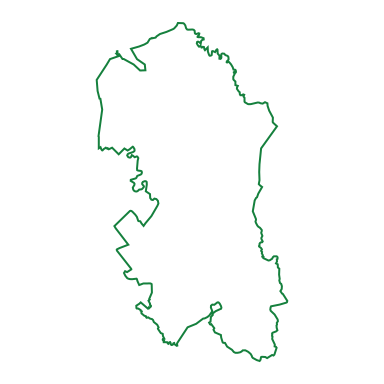 outline of Guachené, Cauca, Colombia
{"feature_id": "7082276B47374862925181", "entity_name": "Guachené", "entity_type": "district", "adm_level": 2, "iso_a3": "COL", "parent_name": "Colombia", "parent_adm1": "Cauca", "projection": "mercator", "projection_center": [-76.391, 3.144], "detail": "fine", "context": "isolated", "style": "outline", "palette": "green", "viewbox_px": 384, "rotation_deg": 0, "n_neighbors": 0, "source": "geoboundaries", "source_scale": "gbopen_adm2", "svg_char_len": 5948}
<svg xmlns="http://www.w3.org/2000/svg" viewBox="0 0 384 384"><path d="M117.0,53.4L116.3,53.6L118.4,56.2L110.0,59.1L106.7,64.6L96.7,79.9L97.6,91.0L99.5,98.6L100.4,98.8L102.2,109.6L98.5,136.3L98.8,136.8L98.8,148.3L100.5,147.2L101.3,149.3L102.0,150.3L102.5,150.4L103.7,149.1L105.8,147.7L106.5,148.4L107.5,148.1L107.9,148.3L108.0,149.0L108.7,149.3L112.1,147.7L118.7,154.3L124.4,148.5L127.6,150.5L129.6,149.3L132.2,147.1L132.8,146.7L133.2,147.0L134.4,148.9L134.6,150.3L134.3,151.2L132.9,152.1L128.7,153.5L127.7,154.2L127.2,155.5L128.3,157.2L129.7,157.6L130.5,157.5L131.0,157.0L131.8,155.1L132.6,155.5L134.7,157.2L136.8,156.4L137.4,156.6L138.3,158.1L137.7,160.5L137.0,168.8L137.2,170.2L138.2,170.6L140.8,170.9L141.6,171.3L141.9,172.3L141.6,173.7L140.8,174.5L137.3,175.9L136.3,177.9L135.7,178.4L130.8,179.8L130.7,180.9L133.9,182.8L134.5,183.7L134.4,184.9L132.8,187.6L133.2,189.5L133.9,190.6L135.2,191.4L136.6,191.5L137.6,191.1L139.2,189.6L141.5,189.3L142.1,189.0L143.7,187.2L143.9,186.3L142.2,184.1L142.2,183.0L142.9,181.9L144.6,181.2L145.8,181.2L146.7,182.0L146.8,184.6L145.8,191.3L150.0,194.1L150.2,198.0L151.4,199.7L152.9,200.0L154.4,198.6L156.4,199.1L157.9,200.8L158.4,203.5L157.4,205.8L151.4,216.1L145.4,223.3L143.6,225.9L141.5,223.4L140.3,221.3L138.6,221.1L138.2,220.8L136.9,216.9L135.3,214.7L132.4,211.7L131.5,211.0L130.6,210.8L129.9,211.0L114.4,226.1L115.7,228.3L128.3,244.7L119.7,248.0L117.0,249.3L116.7,249.8L117.0,250.7L131.2,268.8L131.3,269.4L127.1,272.1L125.1,271.2L124.0,273.0L125.3,275.7L127.2,278.1L128.3,278.7L129.9,279.1L132.1,279.2L136.5,278.7L136.9,279.1L137.5,281.2L139.2,285.0L143.3,283.5L150.2,283.4L151.5,283.9L151.7,284.6L151.9,292.6L149.2,299.0L149.7,299.6L148.5,300.7L150.0,303.6L150.0,304.9L150.9,305.6L150.9,306.5L149.2,308.1L148.8,307.4L147.9,308.6L140.7,302.4L139.4,303.7L136.3,305.7L136.4,308.0L136.8,308.5L138.1,308.5L140.6,310.0L140.6,310.7L141.8,311.4L141.4,312.4L141.5,313.4L144.4,315.8L145.9,316.2L146.2,316.6L146.2,317.4L146.7,317.8L148.3,317.4L149.8,318.5L152.2,319.2L153.1,320.1L153.8,322.0L157.2,324.7L158.6,327.4L157.9,328.5L158.1,329.1L160.8,333.1L162.7,333.8L163.0,336.2L164.3,338.7L162.9,339.0L162.7,339.6L162.8,340.0L164.1,340.6L164.1,341.2L163.6,341.6L163.7,342.2L167.1,342.2L167.8,343.5L168.3,343.8L169.3,342.3L170.1,342.1L170.7,343.2L170.7,344.4L171.5,345.0L172.6,344.8L173.5,343.2L174.2,343.0L174.5,344.2L176.7,345.8L177.3,345.6L177.0,343.7L177.4,342.8L187.6,327.3L196.2,323.8L203.1,318.6L204.7,318.4L207.3,317.1L209.3,315.5L212.3,311.2L210.9,307.6L211.0,305.7L212.3,304.6L214.3,304.8L217.4,302.4L218.5,302.4L219.7,303.6L221.0,306.1L221.4,307.6L221.1,308.7L215.6,311.2L212.2,313.9L212.8,314.9L210.9,317.0L210.5,321.7L209.1,322.6L210.0,324.3L210.6,324.6L211.3,324.2L214.3,328.2L213.5,329.7L214.9,332.4L220.9,335.0L221.2,337.6L222.6,342.2L223.2,342.8L225.0,342.9L227.1,346.6L232.0,349.8L233.8,352.0L235.4,352.8L237.6,352.8L240.1,352.3L241.6,351.5L242.7,350.4L245.2,350.3L246.1,350.7L248.3,351.9L250.7,354.0L251.8,355.9L252.0,356.8L252.8,357.9L256.8,360.1L259.6,361.0L260.5,359.8L261.0,357.2L261.9,356.8L265.3,357.0L267.1,358.1L272.1,355.0L273.5,355.5L274.4,354.6L276.6,347.8L275.9,346.8L274.6,346.4L274.8,344.5L272.2,339.0L272.5,336.6L272.0,335.9L272.3,334.7L272.0,333.9L272.5,332.8L276.1,331.4L277.4,330.3L276.7,327.9L276.5,325.5L277.0,324.6L276.8,322.9L277.9,321.2L277.6,319.4L274.6,314.5L270.7,310.8L270.3,309.5L270.6,307.4L271.1,306.3L279.6,304.6L286.1,302.7L286.9,302.3L287.3,300.9L282.9,294.0L282.1,293.6L280.4,291.1L281.7,289.0L281.9,286.2L281.2,283.9L280.0,283.0L279.3,280.4L279.7,278.9L279.1,274.7L279.3,268.7L277.9,267.5L277.7,264.3L276.0,263.4L277.0,261.5L276.8,259.3L277.5,258.9L277.6,257.7L277.3,256.8L276.6,256.3L273.9,256.3L272.8,257.3L272.2,258.7L269.7,260.3L268.4,260.5L263.5,258.2L263.2,257.9L263.5,257.0L262.3,256.6L262.9,255.3L261.8,253.3L262.1,252.0L261.2,251.0L261.2,250.5L261.9,249.6L261.7,249.0L261.0,248.0L259.1,246.5L259.0,246.0L259.5,245.4L259.5,243.9L260.0,243.0L260.8,242.4L262.2,242.2L262.7,241.4L261.6,239.4L261.3,238.1L262.4,235.9L261.2,232.9L261.8,230.9L261.7,229.9L260.0,227.8L258.3,226.7L257.3,225.5L255.9,222.8L255.5,221.6L256.0,219.8L255.9,218.9L252.8,211.3L254.7,200.4L256.1,197.9L257.0,197.3L258.3,193.6L262.1,187.0L260.0,185.4L258.8,184.1L259.5,180.2L259.2,172.0L259.5,164.2L261.1,148.4L277.0,126.3L273.2,122.8L272.7,122.0L272.9,117.6L269.2,110.7L267.6,105.9L267.4,103.3L265.0,102.2L262.7,103.6L260.7,103.3L259.1,102.6L257.7,102.5L250.9,104.1L248.7,104.2L247.8,104.0L244.8,102.2L244.5,101.5L244.5,97.8L243.5,96.5L244.2,94.8L243.2,94.4L241.7,95.2L240.4,95.2L239.8,94.1L239.7,92.2L238.7,91.4L236.9,88.8L237.0,87.6L237.8,85.9L235.4,85.1L235.4,81.5L233.7,79.9L233.3,79.2L233.3,76.7L234.7,73.8L233.8,72.6L233.8,72.2L234.4,71.9L235.1,72.6L235.6,72.6L236.0,72.0L235.7,70.3L235.2,69.8L233.5,69.6L232.7,67.2L231.0,64.3L229.2,62.2L228.6,61.8L227.1,62.5L226.7,62.3L226.8,61.4L228.4,59.8L228.6,59.2L228.4,57.0L227.6,55.9L225.4,55.1L224.2,53.7L222.3,53.5L221.5,54.0L221.2,54.8L221.4,57.2L221.1,58.4L220.4,58.9L219.4,58.7L219.5,55.7L217.7,53.6L217.5,49.7L217.1,49.3L216.4,49.8L215.1,52.1L212.9,51.1L212.3,51.1L212.0,51.6L211.7,55.0L210.7,55.7L209.6,55.7L209.0,54.8L207.9,51.6L207.7,47.4L205.0,50.2L204.5,49.5L203.9,47.0L202.8,46.8L202.0,47.5L201.5,47.5L200.5,45.8L199.1,46.7L197.9,45.4L196.8,43.4L197.1,42.0L198.0,41.6L199.5,42.3L200.7,43.7L201.2,40.9L202.3,39.9L203.7,39.5L203.6,38.2L200.9,37.2L198.3,37.2L197.6,37.0L197.6,36.4L199.0,35.0L199.3,33.5L198.6,33.2L196.3,34.0L195.4,33.8L194.9,33.2L194.6,30.7L193.7,29.8L192.4,29.5L188.0,29.7L187.0,29.4L186.1,28.2L185.3,25.4L184.1,23.7L183.2,23.2L177.9,23.0L176.8,25.5L174.2,28.4L173.1,29.1L166.5,31.9L160.0,34.0L156.5,36.4L155.6,37.6L151.8,38.4L151.7,38.1L149.8,39.0L147.5,42.7L144.3,44.5L139.1,46.5L131.0,48.8L137.0,59.1L144.8,64.5L145.4,70.3L140.1,70.5L133.7,64.5L123.7,59.0L122.5,59.0L119.2,54.2L118.2,54.4L117.0,53.4ZM117.0,53.4L117.6,53.3L117.4,51.2L116.9,51.3L117.0,53.4Z" fill="none" stroke="#15803d" stroke-width="2"/></svg>